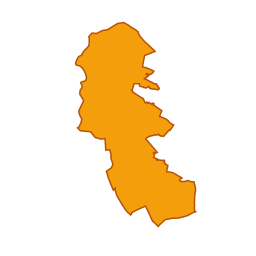 Kumbotso, Kano, Nigeria, rotated 73°
{"feature_id": "59680162B97880726687240", "entity_name": "Kumbotso", "entity_type": "district", "adm_level": 2, "iso_a3": "NGA", "parent_name": "Nigeria", "parent_adm1": "Kano", "projection": "albers", "projection_center": [8.511, 11.918], "detail": "fine", "context": "isolated", "style": "filled", "palette": "amber", "viewbox_px": 256, "rotation_deg": 73, "n_neighbors": 0, "source": "geoboundaries", "source_scale": "gbopen_adm2", "svg_char_len": 5454}
<svg xmlns="http://www.w3.org/2000/svg" viewBox="0 0 256 256"><g transform="rotate(73 128 128)"><path d="M195.7,88.3L195.7,89.0L195.7,89.9L195.5,90.6L195.0,91.8L194.3,93.1L194.1,93.3L193.6,93.9L193.3,93.7L193.2,93.6L192.9,93.5L192.7,93.3L192.1,92.8L192.0,92.7L191.9,92.5L191.8,92.2L191.9,91.8L191.8,91.7L191.8,91.4L191.7,91.1L191.4,90.9L191.0,91.3L190.8,91.6L190.5,92.0L188.4,94.0L186.9,95.3L185.8,96.3L184.9,97.2L184.1,98.1L183.8,98.4L183.0,99.5L182.4,101.1L181.0,103.8L179.6,103.2L178.8,102.7L177.9,102.1L176.6,101.3L176.4,101.3L176.2,101.2L175.3,100.8L174.6,101.8L173.6,102.9L173.1,102.6L172.8,103.0L171.5,103.5L171.3,102.9L169.5,102.6L169.2,104.1L168.1,106.8L167.8,107.3L167.0,108.4L166.6,108.8L167.0,109.2L167.5,109.5L167.4,109.8L166.0,110.1L165.6,109.8L163.6,112.1L160.5,109.9L159.5,111.0L158.9,110.5L160.0,109.1L159.9,107.1L145.4,113.4L144.6,113.9L143.5,114.2L143.3,113.8L142.7,112.8L142.3,109.5L142.3,107.6L142.5,106.2L142.4,104.0L143.1,103.0L143.0,101.7L143.0,101.1L142.9,100.5L143.6,100.2L144.1,100.3L144.5,99.7L144.9,99.4L145.1,99.3L145.4,98.6L146.4,96.2L146.2,96.0L145.2,94.5L145.2,94.4L144.7,93.6L144.2,92.7L143.4,91.7L143.4,91.3L142.8,90.6L141.9,89.1L142.6,88.6L141.2,86.8L140.7,86.2L138.5,83.5L137.3,84.6L136.7,85.2L135.3,86.4L133.0,87.3L132.6,87.7L131.6,88.2L130.2,89.5L128.0,91.9L126.9,93.6L126.3,94.4L124.9,93.6L121.8,90.9L121.2,90.7L113.6,96.8L112.9,96.2L112.6,96.0L111.4,96.9L111.6,97.7L111.7,98.1L112.4,98.3L111.7,98.8L109.7,100.5L109.9,100.8L110.0,100.9L110.1,101.1L110.1,101.4L110.0,101.5L110.1,101.8L109.6,101.9L109.6,102.1L109.6,102.3L109.1,102.5L109.0,102.3L108.7,102.4L109.1,103.3L109.2,103.8L109.0,104.0L108.6,104.3L108.4,104.4L108.1,104.4L107.5,104.5L106.8,104.5L106.5,104.6L106.1,104.7L105.8,104.8L105.2,104.8L104.8,104.8L104.5,104.7L103.2,106.0L100.2,108.6L99.3,109.3L98.1,110.3L95.4,112.6L94.7,113.2L94.2,112.8L92.6,113.4L92.5,112.9L92.4,112.6L91.8,112.1L91.5,111.9L90.7,111.5L89.8,110.7L88.3,109.9L87.9,109.6L87.5,109.1L89.0,104.1L91.3,104.7L92.1,103.7L92.5,102.8L92.7,102.3L93.3,101.6L93.8,101.0L94.0,100.9L94.2,100.6L94.3,100.3L94.4,100.1L94.6,99.6L95.1,98.7L95.0,98.4L94.7,97.7L94.7,97.4L94.6,97.1L94.5,96.7L94.2,96.0L94.7,95.9L95.2,95.8L96.0,95.5L96.7,95.5L97.5,93.8L98.1,92.9L98.2,92.5L98.2,92.1L98.5,91.3L98.9,90.5L99.2,90.0L99.6,89.4L99.9,88.9L100.3,88.0L99.9,87.3L99.7,86.9L99.2,86.5L98.5,86.8L97.7,86.9L97.1,87.1L96.4,87.3L96.4,87.5L95.2,87.8L94.8,87.9L94.7,87.8L94.2,87.8L93.2,90.3L92.7,90.4L92.2,91.1L91.5,91.6L91.3,91.8L91.3,92.0L90.3,93.0L88.6,94.7L88.2,95.0L86.8,96.6L86.8,96.8L86.1,97.4L85.8,97.7L85.8,97.2L85.7,96.7L85.1,96.7L85.0,96.2L84.9,95.8L84.9,95.4L84.7,94.9L84.6,94.4L84.2,94.4L84.1,94.2L83.7,94.2L83.7,93.9L82.8,94.2L82.7,94.0L82.0,94.8L81.4,94.0L82.1,93.6L82.0,93.3L83.3,93.2L83.9,93.0L83.3,91.8L83.1,90.9L83.0,90.6L83.2,90.4L83.1,89.9L82.8,89.1L82.6,88.8L82.3,88.0L82.2,87.7L81.7,87.3L81.5,87.0L81.2,86.7L79.2,88.7L78.8,89.1L78.0,90.1L77.6,90.5L77.2,91.1L75.8,92.9L75.3,93.5L74.7,95.1L74.3,95.5L73.7,96.2L72.2,95.5L63.6,91.0L63.5,89.7L63.3,87.6L63.0,84.3L62.6,79.7L62.2,79.9L60.3,80.9L58.7,81.9L55.4,83.8L52.5,85.5L50.6,86.6L49.3,87.3L46.0,88.8L42.6,89.9L40.9,90.3L38.8,90.3L35.6,92.6L33.4,94.6L32.5,95.6L29.1,98.1L28.3,99.0L26.0,101.1L25.9,101.2L25.9,101.3L25.0,107.5L27.8,117.9L27.9,119.1L27.8,120.5L27.7,121.6L27.3,123.2L27.7,126.3L28.4,130.7L27.3,133.0L26.7,134.8L27.8,136.7L28.7,137.8L29.4,138.9L30.9,138.8L32.4,139.4L33.4,139.6L35.4,140.2L37.8,141.4L38.3,142.1L39.7,144.2L40.3,145.5L41.0,146.7L41.6,147.9L42.4,148.7L43.0,149.5L43.8,150.2L44.7,150.9L45.0,152.2L45.1,153.4L45.6,154.9L46.9,156.1L48.3,157.3L49.9,158.7L51.0,159.2L52.5,159.2L53.0,158.5L53.4,158.0L54.2,156.5L54.6,155.8L55.5,155.3L57.2,154.2L59.3,153.5L60.7,153.2L61.9,153.0L63.1,152.8L64.5,152.8L67.4,152.9L69.3,153.8L70.4,154.9L70.5,156.5L70.3,158.0L70.4,159.4L71.4,160.2L72.9,159.6L74.8,159.7L76.2,160.4L76.6,160.9L77.0,161.6L77.7,162.5L79.3,163.4L81.1,164.1L82.5,164.1L83.7,163.6L84.6,163.5L85.4,163.2L86.6,162.9L87.8,162.7L88.8,162.5L89.8,163.1L90.1,163.4L91.1,164.4L91.8,165.0L93.1,166.3L94.8,167.8L96.2,169.3L97.0,169.7L97.5,170.1L98.1,170.2L99.5,170.4L100.6,170.4L102.9,170.3L103.9,170.0L105.5,169.5L107.4,170.4L109.1,171.3L109.9,172.1L112.7,174.6L113.1,176.3L116.7,174.4L119.7,167.2L120.6,164.9L127.4,162.2L130.7,157.2L131.4,153.1L142.7,155.7L143.5,151.9L148.1,151.9L149.3,152.3L151.6,153.1L157.0,153.1L158.5,153.0L161.3,155.8L163.1,161.4L164.1,161.3L169.8,161.4L175.1,161.0L183.2,160.2L182.0,157.9L182.5,158.1L184.0,158.4L184.8,158.5L187.6,158.4L189.7,158.4L191.3,158.0L192.2,157.8L193.1,157.6L195.9,156.9L197.2,156.6L198.9,156.2L199.9,156.0L200.2,156.0L201.2,155.5L203.0,154.9L203.8,154.9L204.4,154.8L204.7,154.7L205.4,154.3L206.5,153.8L209.2,152.6L210.1,152.0L210.7,151.5L211.4,151.0L211.9,151.0L211.3,149.8L210.1,149.1L209.0,144.0L207.8,134.1L210.0,133.8L213.1,133.2L223.0,132.0L224.5,131.6L226.6,130.2L227.7,129.7L231.0,127.8L229.8,126.0L226.5,119.2L227.3,112.0L228.2,108.8L228.9,105.7L229.0,103.3L229.2,99.1L229.1,96.7L228.8,94.6L228.0,91.2L227.8,87.8L227.5,88.0L227.2,88.2L226.6,88.3L225.6,88.3L224.8,88.1L224.1,88.1L223.7,87.9L223.2,87.7L222.6,87.4L221.2,86.9L220.7,86.7L220.0,86.7L219.0,86.3L218.1,86.0L216.1,85.4L215.1,84.9L214.0,84.5L213.5,84.5L213.1,84.4L210.4,83.2L209.4,82.7L207.0,81.5L206.0,81.3L204.7,81.0L202.6,80.8L201.7,80.8L198.7,80.7L198.3,82.4L197.9,83.0L197.5,83.8L197.2,84.3L196.8,84.7L195.9,85.9L195.6,86.5L195.6,87.5L195.7,88.3Z" fill="#f59e0b" stroke="#b45309" stroke-width="1.5"/></g></svg>